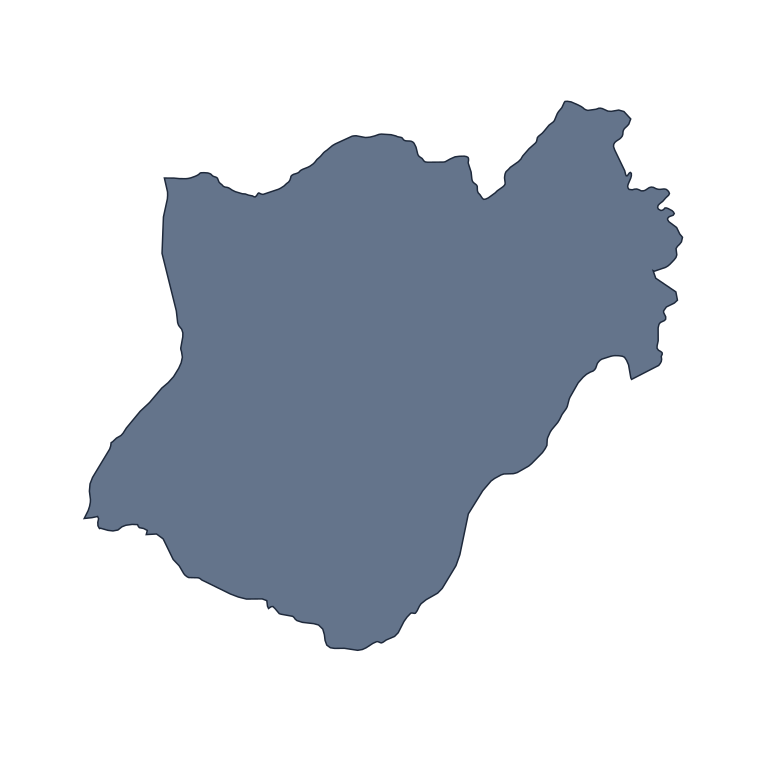 map outline of Plateaux (Mercator projection), rotated 174°
{"feature_id": "COG-3346", "entity_name": "Plateaux", "entity_type": "Region", "adm_level": 1, "iso_a3": "COG", "parent_name": "Republic of the Congo", "parent_adm1": "", "projection": "mercator", "projection_center": [15.163, -2.009], "detail": "fine", "context": "isolated", "style": "filled", "palette": "slate", "viewbox_px": 768, "rotation_deg": 174, "n_neighbors": 0, "source": "natural_earth", "source_scale": "10m", "svg_char_len": 5887}
<svg xmlns="http://www.w3.org/2000/svg" viewBox="0 0 768 768"><g transform="rotate(174 384 384)"><path d="M696.2,281.6L691.4,289.1L689.6,293.1L688.4,297.1L688.0,299.9L688.2,308.2L686.8,315.4L683.6,321.6L664.2,347.2L663.6,348.0L662.3,350.9L661.5,354.2L660.0,354.9L655.7,358.2L652.0,359.8L650.8,360.4L648.6,362.4L644.8,367.2L629.4,382.3L619.1,390.1L605.4,403.2L598.5,407.9L592.5,413.3L586.5,421.1L583.5,426.3L581.7,431.8L582.0,437.4L582.4,439.3L582.4,440.9L579.2,451.9L578.7,455.9L579.5,459.6L581.7,463.0L582.3,464.3L582.8,466.6L582.9,478.4L591.1,537.1L585.9,573.2L580.1,590.7L579.5,594.1L579.2,597.6L580.9,611.8L571.2,610.7L565.7,609.6L559.5,608.9L557.3,608.9L554.6,609.2L550.1,610.3L547.8,611.1L546.2,611.9L545.4,612.6L544.7,613.0L544.1,613.2L541.0,613.0L537.1,612.3L535.1,611.4L533.8,610.4L533.2,609.4L532.3,608.6L531.2,608.0L530.0,607.5L528.9,606.9L528.1,606.0L527.0,602.1L526.3,601.1L525.5,600.2L524.6,599.4L523.2,597.5L522.2,596.8L521.0,596.3L519.6,596.0L518.4,595.5L517.4,594.9L514.6,592.6L511.7,590.8L505.0,588.0L502.1,587.5L499.0,586.0L495.1,584.8L493.9,583.9L492.7,583.5L491.2,584.5L489.4,586.7L488.5,587.1L486.1,585.7L484.5,585.2L468.7,588.7L466.5,589.5L462.7,591.4L460.0,593.5L457.8,594.8L456.9,595.8L456.2,596.7L455.2,599.0L454.8,600.3L453.6,601.3L452.0,602.0L448.9,602.6L447.5,603.0L446.5,603.5L445.2,604.7L444.6,605.1L442.5,606.0L437.1,607.5L434.8,608.4L431.3,610.4L429.7,611.7L427.2,614.3L426.2,615.0L425.2,615.7L423.3,617.1L419.8,620.4L418.0,621.6L416.5,622.4L410.4,626.5L407.3,627.9L389.8,633.8L388.0,633.9L385.8,633.8L376.8,631.1L374.8,631.0L372.1,631.0L367.3,631.7L362.8,632.8L360.4,632.8L350.9,631.2L346.1,629.4L345.2,628.8L344.3,628.4L341.3,627.5L340.4,627.0L340.0,626.5L339.8,626.2L339.5,625.6L339.0,624.8L338.0,624.0L336.7,623.5L332.8,622.9L331.4,622.5L330.3,621.8L329.4,621.0L328.8,619.9L327.4,616.2L326.4,608.9L325.9,607.7L325.2,606.6L322.5,604.3L321.3,602.2L320.6,601.2L319.6,600.5L317.4,600.0L301.8,598.5L300.0,598.6L294.6,600.9L289.6,602.5L285.3,602.6L280.4,602.2L278.1,601.5L276.7,600.5L276.4,599.2L276.5,597.8L277.1,595.5L277.1,594.8L276.9,593.7L275.2,585.6L275.2,579.3L275.1,577.8L274.8,576.4L274.2,575.3L273.4,574.4L271.7,572.8L271.0,571.9L270.6,570.8L270.9,566.7L270.7,565.4L270.3,564.2L268.8,562.3L267.1,559.0L266.4,558.0L265.5,557.2L263.5,557.3L260.8,558.2L253.4,562.5L251.2,564.3L245.3,567.6L243.7,568.8L242.7,570.1L242.5,571.6L242.6,576.0L242.5,577.0L241.7,580.1L241.0,581.5L240.7,582.0L240.4,582.4L240.2,582.6L237.7,584.5L235.7,586.3L227.1,591.1L224.1,593.6L223.7,594.3L222.2,596.3L215.1,602.9L208.5,607.6L207.6,608.4L207.1,609.1L206.8,609.7L205.7,613.0L205.1,613.6L204.5,614.2L200.5,616.8L198.7,618.4L192.8,624.2L188.5,626.8L187.8,627.4L187.0,628.2L183.4,634.8L181.9,636.7L178.2,640.3L175.3,645.2L174.4,646.1L172.1,646.0L168.4,645.0L161.7,641.2L158.7,639.2L156.9,637.6L156.2,636.7L155.2,636.0L154.0,635.3L152.6,634.8L144.3,635.1L141.6,635.8L140.0,635.7L138.1,635.1L132.8,632.0L129.5,631.4L121.9,631.9L116.9,629.9L110.9,621.8L112.2,619.3L112.6,618.4L113.4,616.8L115.0,615.3L117.9,613.1L118.7,612.3L119.4,611.2L119.9,610.0L120.4,607.3L121.1,605.7L122.4,604.3L124.0,603.1L127.5,601.3L129.2,600.1L130.5,598.3L130.9,596.1L130.1,592.7L122.3,570.9L121.8,567.1L121.3,565.7L120.2,565.7L118.1,568.1L117.0,568.7L116.0,567.7L116.2,565.3L117.0,563.1L120.2,557.3L121.0,555.3L120.8,553.4L119.9,551.9L116.8,551.2L114.5,551.6L112.2,551.5L110.2,550.6L108.0,549.2L105.9,549.0L103.9,549.4L99.7,551.6L97.6,551.9L95.5,551.4L93.0,549.8L91.0,549.0L89.0,548.7L85.1,548.7L83.2,548.2L81.7,546.9L80.7,545.3L80.2,543.6L81.2,542.0L84.4,539.6L87.6,536.6L91.1,534.4L92.7,533.0L93.4,531.1L92.9,529.3L90.5,527.6L88.7,527.8L87.2,528.7L86.2,529.7L84.8,529.6L83.1,528.8L79.4,526.3L78.1,524.7L77.5,523.1L78.8,521.6L82.1,520.8L83.3,520.3L84.1,519.6L84.8,518.5L84.6,517.4L83.7,515.6L76.6,509.0L74.2,502.3L71.8,498.7L73.3,494.3L75.4,492.1L77.7,490.3L79.4,488.2L79.3,481.8L80.4,479.3L82.4,477.2L87.1,473.2L89.3,471.7L91.7,470.6L103.4,467.9L104.5,468.6L102.7,460.8L84.1,445.1L83.4,436.7L86.7,434.2L95.1,431.1L98.3,427.5L98.4,425.7L96.8,421.4L97.1,419.0L98.4,417.8L102.7,416.3L104.3,414.6L105.5,411.2L106.8,398.3L108.4,393.4L108.7,391.0L107.5,388.9L105.5,387.5L104.2,386.2L104.1,384.7L105.4,382.4L105.3,379.6L105.9,377.4L107.1,375.6L108.8,373.8L137.3,362.7L137.9,364.3L138.8,377.5L140.3,382.2L142.0,385.4L144.0,386.7L147.6,387.6L151.5,388.1L153.5,388.1L155.4,387.9L164.6,386.0L166.4,385.2L168.1,383.8L169.1,382.8L169.8,381.9L171.7,377.8L173.0,376.2L174.8,375.0L177.5,374.3L181.6,372.5L185.3,369.9L190.8,364.8L200.4,351.4L201.4,349.6L204.1,342.4L205.3,340.5L210.1,335.1L213.0,330.5L215.1,327.7L221.9,321.1L223.7,318.9L226.9,313.4L227.5,311.6L228.4,305.9L230.4,302.9L233.6,299.2L245.5,289.4L248.6,287.3L260.7,282.0L262.7,281.6L264.7,281.3L274.2,282.0L277.2,281.3L283.9,278.5L287.7,276.3L296.9,267.6L313.7,246.0L326.4,206.3L331.4,195.8L347.4,174.7L352.5,170.4L364.6,165.1L370.1,161.6L371.9,159.5L374.8,154.9L376.7,152.8L377.7,152.7L380.3,153.4L381.4,153.2L385.5,149.7L389.0,145.7L395.9,135.1L399.8,131.9L408.5,129.2L411.7,127.4L413.4,126.8L414.4,127.0L417.0,128.4L418.3,128.5L422.2,127.2L429.4,123.5L433.3,122.2L438.0,121.9L451.1,125.3L460.7,126.2L464.9,127.3L468.2,130.3L469.4,135.1L469.5,140.9L470.5,146.6L474.3,151.2L478.9,153.0L490.1,155.5L495.3,157.8L496.9,159.4L497.8,161.1L499.1,162.5L510.4,165.8L512.2,166.6L515.7,171.8L517.7,174.3L519.6,174.3L522.3,172.8L523.1,175.2L523.2,180.8L527.6,183.0L543.3,184.5L551.2,187.4L558.7,191.2L585.8,208.2L587.2,209.7L589.0,210.7L598.4,211.9L599.9,212.8L601.9,214.7L603.0,216.4L606.7,224.6L612.0,231.5L619.8,253.0L625.9,258.6L636.2,259.1L634.7,263.1L638.1,265.4L642.3,266.7L643.2,268.0L643.8,269.9L649.1,270.7L655.5,270.5L659.5,269.4L663.9,266.6L668.9,266.2L673.8,267.3L681.0,270.2L681.9,269.9L682.2,270.2L683.3,272.9L683.1,276.3L681.9,279.9L682.7,282.2L688.3,281.6L696.1,281.6L696.2,281.6Z" fill="#64748b" stroke="#1e293b" stroke-width="1.5"/></g></svg>